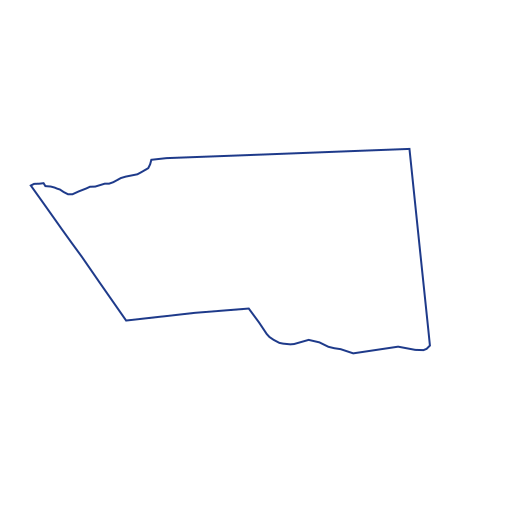 Baraúna, Rio Grande do Norte, Brazil, rotated 248°
{"feature_id": "56859067B35096548847871", "entity_name": "Baraúna", "entity_type": "district", "adm_level": 2, "iso_a3": "BRA", "parent_name": "Brazil", "parent_adm1": "Rio Grande do Norte", "projection": "mercator", "projection_center": [-37.595, -5.082], "detail": "fine", "context": "isolated", "style": "outline", "palette": "blue", "viewbox_px": 512, "rotation_deg": 248, "n_neighbors": 0, "source": "geoboundaries", "source_scale": "gbopen_adm2", "svg_char_len": 944}
<svg xmlns="http://www.w3.org/2000/svg" viewBox="0 0 512 512"><g transform="rotate(248 256 256)"><path d="M244.8,111.4L235.4,145.1L234.6,147.8L226.3,177.7L210.0,229.6L193.3,233.9L179.7,236.7L175.9,238.1L171.7,240.9L166.7,245.1L164.6,248.3L161.2,254.8L160.1,258.4L158.5,273.4L152.2,282.4L144.7,289.1L141.2,294.0L137.9,299.6L129.3,309.7L118.7,353.8L109.3,368.5L106.0,376.0L106.0,379.4L107.8,383.7L123.3,388.2L205.1,411.7L244.0,422.9L297.8,438.4L317.3,384.3L346.7,302.6L350.9,291.0L352.0,287.9L380.3,209.6L384.4,195.0L380.7,192.2L377.8,189.0L376.6,180.4L376.2,176.6L378.4,165.0L378.9,159.9L377.9,151.3L378.1,146.9L379.7,143.0L380.6,132.9L382.4,128.0L382.2,124.0L382.3,115.9L382.0,109.0L383.7,104.8L387.4,101.6L391.1,99.1L392.9,96.9L394.9,94.9L397.3,91.7L399.7,86.9L403.1,86.3L404.1,82.5L406.0,77.3L405.7,73.6L384.9,78.6L360.4,84.4L354.4,85.8L338.0,89.8L320.6,94.2L290.2,101.0L244.8,111.4Z" fill="none" stroke="#1e3a8a" stroke-width="2"/></g></svg>